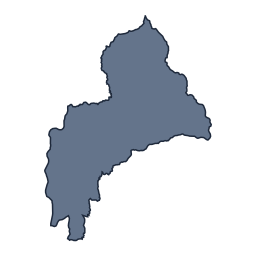 outline of Sopetrán, Antioquia, Colombia
{"feature_id": "7082276B56880997527404", "entity_name": "Sopetrán", "entity_type": "district", "adm_level": 2, "iso_a3": "COL", "parent_name": "Colombia", "parent_adm1": "Antioquia", "projection": "orthographic", "projection_center": [-75.752, 6.515], "detail": "fine", "context": "isolated", "style": "filled", "palette": "slate", "viewbox_px": 256, "rotation_deg": 0, "n_neighbors": 0, "source": "geoboundaries", "source_scale": "gbopen_adm2", "svg_char_len": 5769}
<svg xmlns="http://www.w3.org/2000/svg" viewBox="0 0 256 256"><path d="M207.6,140.0L208.0,140.0L209.9,138.0L210.6,136.3L210.3,134.1L208.9,131.5L208.5,130.1L209.0,128.6L209.2,127.1L209.4,126.8L210.4,126.4L210.9,126.0L211.2,124.4L210.1,122.6L209.9,121.7L210.1,120.2L209.6,119.1L208.8,118.3L207.3,117.7L206.0,116.9L205.4,116.1L205.3,115.3L205.5,112.4L205.3,110.7L204.9,109.2L203.4,105.5L202.2,104.5L199.3,104.2L197.8,103.4L196.4,102.0L196.3,100.4L195.7,99.7L194.1,98.5L193.7,96.9L192.4,95.4L191.8,95.0L190.1,94.7L188.7,95.3L187.7,95.3L187.1,94.2L185.9,92.9L185.8,92.6L186.8,91.4L186.9,90.8L186.8,88.9L186.5,88.1L186.6,86.9L187.1,86.2L187.2,85.7L187.0,84.3L187.0,81.1L186.4,79.8L186.1,78.2L184.1,75.5L182.6,74.4L181.7,74.2L180.4,74.6L179.4,74.3L179.1,74.1L178.9,73.2L178.1,72.7L176.9,72.5L175.6,72.9L174.3,72.4L172.8,71.1L170.5,69.7L170.0,69.2L168.4,66.5L167.4,65.9L167.1,65.2L166.9,64.3L167.1,63.4L166.8,62.5L165.4,62.1L165.0,60.9L165.3,59.3L165.7,58.1L166.0,57.8L167.1,57.6L167.2,55.1L168.0,53.1L168.1,51.4L168.5,50.7L168.4,46.6L166.9,44.3L166.6,42.0L165.1,40.8L163.8,38.7L162.7,36.3L158.5,32.3L156.2,29.1L155.7,28.7L155.2,28.6L154.6,29.0L153.5,28.9L151.9,28.4L151.7,27.2L151.0,25.7L150.9,24.7L149.9,22.7L149.7,21.1L149.5,20.8L147.4,19.8L146.1,17.8L145.2,15.4L145.1,16.9L144.7,17.8L144.1,20.3L143.5,21.4L143.9,23.4L142.1,25.3L141.7,25.9L141.0,26.2L139.9,26.9L138.9,28.4L136.9,29.4L135.5,29.6L133.9,30.5L131.9,31.2L130.7,31.3L129.7,30.8L129.1,30.8L128.1,32.4L125.4,33.5L120.3,34.3L118.4,34.0L116.9,36.1L114.9,37.6L114.5,38.6L114.5,39.4L113.9,40.0L113.3,41.5L111.0,42.4L109.9,45.2L110.0,45.8L109.5,46.6L109.2,46.8L108.4,46.8L106.7,46.1L106.3,46.1L106.1,46.6L106.5,47.5L105.6,49.5L104.9,50.3L104.1,50.5L103.1,51.5L103.0,54.3L101.7,56.1L101.5,57.2L100.9,57.9L101.0,58.2L101.8,58.8L101.8,59.2L101.3,60.0L101.8,61.0L101.1,62.3L101.8,63.6L101.9,64.6L101.6,65.8L102.0,66.7L101.3,68.0L101.3,68.6L102.0,70.4L103.6,70.9L103.9,71.7L104.4,72.0L104.7,72.6L106.7,73.7L106.6,74.5L107.1,75.2L107.4,76.4L106.9,76.9L106.9,77.7L107.5,78.6L107.7,79.8L107.6,80.1L107.2,80.2L106.7,80.7L106.5,82.8L107.1,83.3L107.0,84.0L107.6,83.9L108.8,84.9L108.9,85.9L109.6,87.2L109.4,90.2L110.2,90.8L110.3,91.2L109.7,91.9L110.3,92.0L110.1,92.5L110.1,92.9L111.2,93.5L110.9,94.3L111.4,94.9L111.2,95.5L111.5,96.9L111.3,97.4L110.9,97.6L110.2,97.0L109.7,97.2L109.1,97.1L108.9,97.5L109.0,99.1L108.7,100.0L108.2,100.3L105.4,100.1L105.1,100.6L104.5,100.9L103.0,100.7L102.2,101.8L100.2,102.2L99.4,102.9L98.4,103.4L98.1,103.7L98.1,104.4L97.9,104.5L96.8,103.4L96.0,103.6L93.8,103.1L91.1,103.4L90.4,103.8L89.9,104.6L89.1,104.7L88.2,104.4L86.3,102.5L85.5,102.2L83.8,102.5L82.6,104.3L82.1,104.6L80.1,104.3L79.9,104.5L79.7,105.3L79.2,105.2L78.7,105.4L78.2,106.2L77.4,106.0L75.1,106.9L74.1,106.6L72.9,106.7L71.6,104.6L70.9,104.5L70.4,104.7L69.1,105.8L67.8,106.2L67.7,107.7L67.8,110.9L66.8,113.9L66.0,114.7L65.1,116.0L64.6,119.2L64.0,120.8L64.1,126.4L63.4,128.2L61.8,129.6L60.4,129.8L58.8,129.6L56.3,128.3L54.9,128.3L52.7,128.6L50.8,129.8L49.5,131.7L48.9,134.5L49.0,135.4L50.3,137.2L50.5,137.7L50.4,143.7L50.7,144.9L50.6,146.3L50.2,147.7L50.2,149.2L48.1,151.5L46.9,153.6L47.1,156.2L48.5,159.0L48.7,161.0L48.4,163.0L45.0,169.8L44.8,170.6L45.0,171.7L46.2,174.3L46.6,176.0L47.3,177.7L48.1,181.5L48.0,182.4L47.1,184.7L45.6,190.1L45.6,192.4L46.8,196.4L49.0,197.6L52.0,200.7L52.1,202.5L52.5,204.1L52.7,213.5L52.5,215.3L50.8,223.6L50.8,225.6L52.2,225.7L54.3,226.5L55.9,226.0L56.7,224.7L57.5,222.5L58.3,221.2L59.3,220.1L62.3,219.6L64.6,218.3L65.7,217.3L68.4,215.7L69.4,218.2L69.2,220.6L68.6,223.5L68.4,225.6L68.7,227.5L69.7,228.9L69.3,230.8L69.3,231.5L70.1,234.1L68.1,237.0L67.6,238.7L68.8,239.3L69.5,240.2L70.9,239.6L72.4,239.9L73.9,240.5L74.8,240.3L75.1,240.6L75.4,240.4L76.6,240.4L77.6,239.4L78.9,239.0L81.2,238.8L82.2,239.2L82.4,238.5L81.9,237.7L81.9,237.4L82.1,237.3L82.6,237.5L83.6,237.2L83.4,236.5L84.0,235.5L83.5,234.8L83.5,233.5L83.7,233.2L84.4,233.3L84.8,232.7L84.8,232.3L84.8,228.2L83.5,225.4L84.6,222.2L84.7,219.5L84.4,218.4L82.7,215.3L86.6,216.6L87.8,216.8L87.7,214.7L88.5,215.0L88.0,214.2L88.7,214.6L89.4,213.7L89.8,212.9L89.1,211.5L90.3,210.6L90.3,209.4L89.8,208.6L89.5,207.5L89.8,206.8L89.4,203.7L89.1,203.3L89.2,202.0L88.8,200.2L90.3,198.5L91.0,199.1L91.5,199.9L92.1,200.1L96.0,200.0L96.3,200.1L97.3,201.1L97.6,201.1L98.7,200.4L99.3,200.3L99.9,198.9L100.0,198.3L99.7,197.5L99.3,197.2L99.5,196.8L99.5,194.9L99.0,193.7L98.3,190.0L97.9,189.4L97.7,188.2L98.2,186.4L97.9,185.2L98.0,184.7L97.7,184.1L97.9,183.3L97.8,181.0L98.2,180.9L98.7,180.0L98.9,179.0L99.5,179.1L99.1,177.8L99.4,177.7L99.9,177.9L100.1,176.4L101.0,176.5L101.5,175.7L101.8,174.9L101.7,174.5L102.1,173.4L102.1,171.9L102.6,172.2L103.2,173.8L103.6,174.3L104.4,174.5L105.1,174.3L106.0,173.4L106.4,173.4L107.1,173.5L108.0,174.4L108.7,174.7L109.2,173.8L110.0,173.4L110.4,171.7L110.8,171.4L111.7,171.4L112.3,171.0L112.4,170.5L112.0,168.5L112.9,167.6L113.0,166.1L113.4,165.6L114.3,165.5L116.0,164.7L117.0,164.9L117.8,164.6L119.2,164.6L119.7,164.1L119.9,163.1L121.6,162.0L122.7,162.2L123.7,161.6L125.7,161.6L127.0,160.4L128.1,158.4L130.7,155.7L131.3,154.7L131.3,153.4L131.1,152.4L131.2,151.8L130.9,150.9L131.4,150.2L133.4,149.6L134.2,150.1L135.8,149.8L137.3,150.5L139.3,150.8L141.4,150.4L142.0,150.7L142.9,150.4L143.7,150.4L144.7,149.5L146.0,148.9L147.9,145.6L149.5,144.4L151.9,144.4L155.2,143.4L157.1,143.4L157.6,143.2L158.3,143.4L159.9,141.7L161.1,141.2L163.2,141.3L165.1,140.6L166.3,140.9L167.0,140.9L167.3,140.6L168.2,140.7L169.8,139.1L170.5,138.0L172.5,137.5L173.7,136.3L175.1,135.6L177.1,135.5L178.5,135.0L180.3,134.8L182.2,134.0L183.0,134.1L184.2,135.0L184.9,135.2L188.0,135.6L189.6,136.1L194.7,136.3L196.6,137.8L197.5,138.2L198.1,138.2L200.9,137.3L203.4,137.5L204.3,137.9L206.4,139.5L207.6,140.0Z" fill="#64748b" stroke="#1e293b" stroke-width="1.5"/></svg>